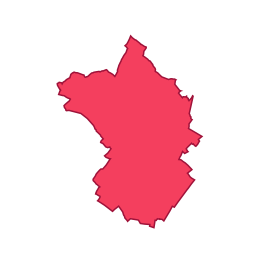 the district of Chapab, Yucatán, Mexico, rotated 29°
{"feature_id": "50627088B60332279598838", "entity_name": "Chapab", "entity_type": "district", "adm_level": 2, "iso_a3": "MEX", "parent_name": "Mexico", "parent_adm1": "Yucatán", "projection": "robinson", "projection_center": [-89.499, 20.5], "detail": "fine", "context": "isolated", "style": "filled", "palette": "rose", "viewbox_px": 256, "rotation_deg": 29, "n_neighbors": 0, "source": "geoboundaries", "source_scale": "gbopen_adm2", "svg_char_len": 3984}
<svg xmlns="http://www.w3.org/2000/svg" viewBox="0 0 256 256"><g transform="rotate(29 128 128)"><path d="M206.9,174.8L207.6,168.3L209.7,152.3L209.8,152.2L210.5,146.4L211.4,141.1L207.8,141.0L205.9,140.6L202.6,138.9L201.9,138.7L204.1,133.4L202.7,132.9L202.3,132.8L198.6,131.6L197.7,131.4L195.0,130.8L192.2,130.6L190.1,130.2L189.4,130.2L187.8,130.9L187.5,128.3L187.6,126.4L187.1,122.1L189.9,122.8L192.0,119.6L191.3,119.4L189.0,118.0L189.3,116.2L191.0,110.6L191.4,110.9L192.6,110.8L192.9,110.3L193.8,110.7L195.0,111.1L196.2,111.1L196.8,108.6L196.8,107.3L196.8,106.4L196.9,104.8L195.7,104.3L195.1,103.9L196.8,99.5L181.2,99.1L180.8,97.3L179.4,94.8L179.7,92.3L180.0,89.6L179.3,89.6L178.4,89.3L177.7,87.8L176.9,87.7L175.5,86.3L174.6,85.8L169.5,68.6L168.9,68.5L169.0,70.8L168.6,72.7L168.1,74.5L167.4,74.1L167.0,74.0L166.8,73.5L166.5,73.1L165.7,72.8L165.1,72.8L164.7,72.8L164.4,72.6L163.8,71.8L163.2,73.0L161.1,73.9L160.9,75.2L155.3,73.0L155.4,71.5L155.6,71.4L156.0,70.0L156.1,69.9L154.9,70.1L147.8,67.1L146.3,63.3L146.6,62.6L145.1,62.6L143.7,63.4L143.0,63.5L141.7,64.1L139.9,65.9L132.9,66.9L131.1,66.5L127.9,65.6L127.3,65.4L124.6,65.3L124.2,65.1L123.8,63.8L123.4,63.3L123.2,63.1L122.4,62.5L120.5,61.8L119.3,61.1L118.8,60.4L118.3,60.4L117.7,59.9L117.0,59.8L116.6,59.5L115.1,58.8L114.5,58.7L113.9,59.0L112.4,58.5L112.0,58.3L108.3,57.8L106.0,57.6L105.9,56.1L104.7,53.3L105.1,49.2L104.7,48.4L102.9,48.7L98.9,48.4L98.5,48.7L97.6,48.2L92.1,47.2L91.3,47.5L89.2,47.1L88.4,47.1L85.7,46.2L86.1,49.2L86.3,52.6L86.3,55.0L85.5,57.5L87.0,57.8L89.2,58.7L89.1,59.8L89.7,63.0L89.3,65.8L89.2,67.8L89.3,69.1L89.2,70.5L89.2,71.5L89.5,73.0L89.5,74.8L89.6,75.8L89.7,77.7L90.0,78.9L90.7,82.5L91.6,83.9L91.5,85.3L91.6,86.4L91.5,89.3L88.7,88.5L86.3,88.4L85.3,88.4L83.8,88.5L82.3,87.8L81.3,87.5L80.8,87.5L80.5,87.8L80.1,88.3L79.7,88.8L79.3,89.2L78.9,89.9L78.4,90.2L77.9,90.5L77.5,90.8L76.3,92.5L75.3,92.5L71.1,95.8L70.8,96.5L70.3,96.9L69.5,97.6L68.9,99.2L68.6,100.1L67.9,102.2L67.7,102.6L66.8,103.4L66.4,104.1L65.3,104.3L63.7,103.0L63.0,103.3L57.1,104.2L55.4,105.0L53.7,105.3L53.4,106.2L53.1,106.5L52.8,106.6L52.0,108.7L52.1,109.4L52.3,109.8L52.5,111.2L52.8,112.2L52.5,112.6L50.6,115.7L50.5,116.3L50.3,117.2L49.8,118.0L49.0,119.6L49.0,121.3L48.5,120.9L47.8,120.7L47.6,120.8L45.7,121.4L45.7,121.7L44.6,123.4L45.3,124.5L46.5,125.4L49.7,127.3L49.8,127.3L50.2,127.1L50.8,127.8L50.5,128.5L51.1,132.3L51.5,132.2L53.5,131.7L54.7,131.4L56.6,130.7L59.1,131.0L61.5,130.9L62.8,130.5L63.6,130.7L63.5,132.3L63.5,133.0L63.1,133.8L61.7,137.6L61.2,139.5L62.5,140.9L64.4,141.7L65.1,142.6L65.7,142.7L67.9,141.2L75.5,139.2L79.8,138.1L87.8,139.4L96.6,142.5L98.0,143.4L99.7,144.9L100.1,144.9L100.8,145.0L101.8,146.1L107.4,147.5L107.8,148.1L108.9,148.5L111.6,149.5L111.3,150.4L110.8,152.0L110.9,153.0L110.9,153.7L111.1,153.9L111.9,153.9L113.5,153.7L116.5,154.8L117.5,155.3L119.8,155.0L121.0,153.7L121.3,153.5L121.6,153.9L123.2,154.4L122.5,159.7L121.0,163.7L123.0,164.3L125.5,164.0L126.1,164.0L127.5,163.5L127.4,164.0L127.0,169.6L126.9,170.3L126.9,171.0L125.8,176.1L124.2,177.0L123.6,178.6L122.8,182.1L122.5,183.9L122.6,184.5L122.7,186.0L122.3,189.7L123.1,190.9L125.6,191.6L127.5,192.5L128.8,192.5L130.2,193.0L130.5,192.9L131.9,193.2L131.3,194.4L131.3,196.7L131.2,198.6L131.4,199.2L131.3,199.7L131.5,199.9L131.5,200.6L131.6,201.0L131.7,201.4L132.1,201.3L132.4,201.2L135.1,201.4L136.1,201.3L136.6,201.3L137.0,201.9L137.1,202.7L137.1,203.9L137.0,205.0L136.7,206.4L138.0,206.4L144.9,206.9L154.9,208.4L155.7,205.7L156.6,203.6L157.7,200.9L164.1,204.0L166.1,206.0L166.6,206.4L167.1,206.6L167.8,207.0L168.9,208.2L172.3,209.4L172.9,209.8L174.1,206.2L181.3,203.6L182.1,203.7L185.1,205.5L188.8,204.1L193.9,201.8L194.5,203.4L199.0,202.6L197.1,197.4L196.7,196.5L196.5,195.9L196.4,195.5L196.6,195.4L197.0,195.4L197.3,195.3L197.5,195.2L197.5,194.4L197.7,193.2L198.3,193.2L199.1,192.5L199.5,192.2L199.7,192.5L200.2,192.5L200.6,192.0L202.1,191.4L204.4,191.9L204.8,180.2L204.7,175.0L206.9,174.8Z" fill="#f43f5e" stroke="#9f1239" stroke-width="1.5"/></g></svg>